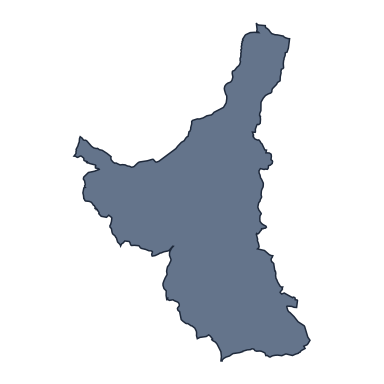 outline of Valisoara, Hunedoara, Romania
{"feature_id": "2599482B24491913052778", "entity_name": "Valisoara", "entity_type": "district", "adm_level": 2, "iso_a3": "ROU", "parent_name": "Romania", "parent_adm1": "Hunedoara", "projection": "mercator", "projection_center": [22.814, 46.034], "detail": "fine", "context": "isolated", "style": "filled", "palette": "slate", "viewbox_px": 384, "rotation_deg": 0, "n_neighbors": 0, "source": "geoboundaries", "source_scale": "gbopen_adm2", "svg_char_len": 5968}
<svg xmlns="http://www.w3.org/2000/svg" viewBox="0 0 384 384"><path d="M166.9,300.4L167.0,298.0L167.5,298.1L167.3,298.3L167.9,299.4L169.3,300.4L173.0,299.8L174.5,300.8L177.8,302.1L178.9,303.3L179.3,304.8L179.2,305.9L177.7,307.8L177.4,308.7L178.0,310.4L179.6,311.6L181.2,319.6L182.9,321.2L185.7,323.3L186.6,323.6L187.9,323.6L191.1,325.8L192.0,325.9L194.8,328.1L196.3,331.1L196.6,332.9L196.5,335.7L197.3,338.7L199.9,337.4L206.3,336.5L208.7,334.9L210.2,336.0L212.6,339.0L211.8,339.7L212.6,340.5L215.5,342.2L217.2,344.3L220.9,351.7L221.4,356.6L220.9,360.9L222.1,361.0L222.2,360.1L223.6,358.5L226.0,357.1L229.5,356.0L232.9,353.6L239.7,352.6L242.5,351.7L242.4,351.5L242.9,351.2L247.2,349.9L250.7,349.6L251.4,349.0L252.2,348.8L253.9,349.2L254.9,350.6L256.6,351.2L259.8,351.0L261.5,351.3L264.7,352.8L265.1,353.3L265.8,355.6L267.4,355.5L268.6,356.5L270.0,357.1L272.5,355.8L275.1,355.3L277.6,355.1L281.8,355.7L285.9,353.9L292.5,355.5L295.6,354.1L298.3,353.3L299.2,352.4L300.2,352.1L300.6,351.2L301.6,350.4L305.1,348.5L303.8,346.2L307.0,344.8L307.9,343.8L310.0,340.3L307.8,337.1L304.7,326.7L304.1,325.7L298.1,321.8L294.1,316.7L289.9,312.5L288.8,311.8L287.8,310.4L286.7,306.6L287.1,306.1L291.8,306.4L294.0,307.3L296.6,307.5L297.5,300.5L297.2,300.0L295.2,299.7L295.1,298.1L294.6,297.5L293.2,297.1L292.6,297.7L284.2,293.0L281.7,294.0L280.1,292.5L280.5,291.5L281.7,290.3L282.4,289.1L282.1,288.8L282.7,287.0L281.5,287.1L280.2,286.3L277.7,282.1L276.7,279.5L276.0,278.4L275.6,275.6L275.8,273.6L275.6,271.9L275.2,270.9L274.8,270.9L273.7,263.5L272.0,261.8L271.7,261.8L271.1,259.9L271.3,258.6L272.3,257.1L272.8,255.7L271.4,255.6L269.3,254.7L264.5,250.5L257.5,248.9L258.8,247.6L259.1,246.4L258.4,243.2L257.4,240.8L257.6,239.1L256.3,234.2L256.6,233.4L257.8,234.0L259.3,232.7L260.2,231.2L261.3,230.1L261.6,228.7L262.8,228.9L262.9,228.5L265.5,228.1L266.4,227.2L266.0,226.2L262.9,224.5L261.4,223.3L260.0,221.4L259.8,218.4L260.0,216.1L260.1,215.6L261.2,213.9L261.2,213.4L258.8,209.9L257.8,207.1L258.7,202.7L260.0,201.2L260.3,199.6L261.5,197.5L261.6,196.7L261.1,194.8L261.4,190.9L261.8,189.6L263.1,186.9L263.3,184.8L263.3,183.1L261.5,179.2L260.6,178.0L260.0,175.0L259.1,173.0L259.0,170.8L260.4,168.6L264.1,169.5L265.2,169.1L267.4,169.3L268.3,168.0L268.5,165.6L270.2,165.2L272.2,163.5L272.6,161.5L272.3,160.7L271.0,159.7L271.4,156.2L271.1,154.2L269.3,153.0L265.9,152.8L266.5,150.1L264.8,149.9L262.0,143.9L260.7,142.7L260.2,141.5L258.8,139.9L257.7,140.1L255.1,139.1L253.4,137.1L253.0,136.1L253.5,136.0L253.4,134.3L253.1,134.2L252.4,132.1L255.2,132.3L255.4,131.9L255.4,129.0L256.8,125.2L257.3,124.4L258.7,124.6L260.2,123.3L260.5,119.4L260.3,117.0L260.4,116.8L260.2,116.7L260.3,116.1L259.6,115.7L259.6,114.8L259.7,113.4L260.9,110.7L261.0,102.6L261.2,101.8L263.3,98.1L265.5,95.5L268.5,93.8L270.6,93.1L271.5,92.3L271.8,91.7L271.9,90.2L272.4,88.7L276.5,84.5L277.5,82.5L280.1,80.8L280.3,76.6L281.1,72.9L280.9,71.3L281.2,70.6L281.2,70.0L281.3,69.3L282.8,68.7L283.6,67.8L283.3,63.7L283.6,60.5L284.0,59.5L284.1,58.1L285.1,55.6L285.3,52.7L287.0,52.2L288.4,48.1L289.6,38.7L288.1,38.6L285.4,37.7L284.1,37.0L283.4,36.1L277.5,34.9L274.9,34.7L271.7,33.6L270.1,31.8L268.8,29.9L267.1,28.4L265.9,27.8L265.5,27.3L265.3,25.6L258.5,25.0L257.1,24.3L256.3,23.0L257.1,29.5L256.7,31.2L257.4,31.9L258.4,32.1L258.8,32.6L254.4,32.3L250.2,32.6L245.9,34.6L245.1,35.3L242.6,39.3L243.0,40.4L242.1,41.3L242.1,41.6L242.4,42.0L241.6,43.7L241.9,44.9L241.3,46.3L241.6,48.8L240.8,49.9L241.3,51.5L240.8,53.3L240.9,54.5L240.7,57.2L240.1,58.2L240.1,60.7L240.5,61.7L239.7,64.4L238.5,66.0L237.1,67.1L234.5,70.4L232.7,71.1L232.3,71.8L232.2,73.6L232.9,77.0L232.0,80.2L231.5,81.0L230.5,82.1L227.8,83.1L226.1,84.4L224.8,86.2L224.3,88.4L224.5,90.0L225.7,94.0L226.7,95.8L226.8,98.4L226.2,102.8L223.5,107.4L214.0,112.3L212.6,114.0L211.4,114.9L206.8,115.8L203.2,117.9L199.4,119.0L197.3,118.9L192.6,120.4L191.7,121.4L191.7,124.0L190.7,127.7L190.7,129.2L189.9,131.2L189.0,131.7L188.1,136.3L186.9,136.9L185.7,138.2L184.2,140.7L181.4,142.3L177.7,146.2L175.9,148.6L159.0,161.2L156.7,162.1L155.5,161.9L153.3,159.4L152.4,159.3L147.3,160.8L140.0,161.9L139.1,162.1L137.6,163.1L134.0,166.6L131.7,167.3L129.6,166.3L127.5,166.0L125.2,164.9L122.4,164.6L120.5,164.9L119.6,164.7L116.1,163.0L114.7,163.2L113.0,162.0L111.1,159.7L110.8,157.7L111.1,156.7L107.0,153.4L102.2,150.3L99.4,149.7L97.6,148.4L96.1,148.5L93.7,147.9L91.6,146.4L86.7,140.8L85.6,140.2L84.5,140.3L83.3,139.9L82.3,138.3L80.2,136.7L79.5,138.5L79.2,142.4L78.7,143.1L77.9,145.9L76.1,149.4L76.4,150.4L76.0,151.2L76.0,153.5L74.0,156.1L75.6,156.3L76.7,157.1L77.7,157.4L80.4,156.0L81.4,156.2L83.6,158.0L83.8,158.4L83.9,160.2L84.4,160.7L87.3,161.7L87.4,162.1L86.8,162.6L87.7,163.0L88.4,162.9L89.6,163.5L95.3,165.0L95.7,165.3L95.8,166.0L95.3,166.7L95.5,168.0L98.7,168.7L99.2,169.4L94.6,171.2L88.4,172.5L83.8,177.0L83.4,178.3L83.5,179.5L84.5,180.5L85.3,184.7L84.6,185.8L84.7,186.8L85.2,187.4L84.3,187.5L83.8,188.0L82.9,192.9L83.5,195.5L83.8,198.7L84.3,199.0L84.9,200.5L85.5,201.0L89.3,201.4L91.4,202.3L92.7,204.0L93.3,205.1L94.3,205.6L95.2,207.4L95.0,208.4L96.1,208.4L96.1,209.5L97.3,209.5L97.5,210.6L98.2,211.1L98.9,212.4L99.1,213.0L98.8,213.7L101.2,216.3L106.5,217.3L108.8,215.2L111.7,217.6L111.8,218.1L111.5,221.3L110.6,224.5L109.9,225.7L110.0,227.1L111.4,228.6L112.0,232.1L112.6,233.8L115.1,236.0L115.7,237.2L116.4,238.0L117.6,242.0L120.2,244.7L120.6,246.0L121.6,243.9L123.2,242.9L124.8,241.0L129.2,241.5L129.9,242.5L130.5,244.4L131.0,245.2L131.6,245.5L134.3,245.3L138.7,245.7L139.1,245.9L140.4,247.8L141.4,248.4L145.6,249.4L149.0,250.8L150.8,250.8L152.0,251.3L152.5,252.0L151.7,254.1L151.9,255.5L152.2,256.1L155.1,255.6L158.4,254.1L160.0,253.1L161.3,252.9L163.8,251.8L168.2,250.9L169.4,250.1L172.8,246.2L173.3,246.3L171.6,248.2L169.8,251.6L169.5,253.2L169.5,255.4L171.0,259.5L170.9,260.6L168.7,265.3L167.6,266.5L167.1,268.3L166.6,271.2L167.1,274.5L165.3,277.7L163.8,281.1L163.0,283.5L163.0,285.4L164.0,288.6L166.2,290.8L166.1,295.5L166.9,300.4Z" fill="#64748b" stroke="#1e293b" stroke-width="1.5"/></svg>